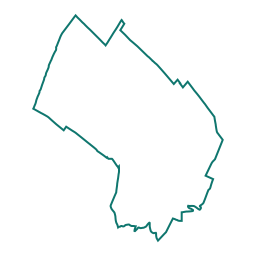 the district of Tan Hiep, Kiên Giang, Vietnam
{"feature_id": "81297802B5868916674827", "entity_name": "Tan Hiep", "entity_type": "district", "adm_level": 2, "iso_a3": "VNM", "parent_name": "Vietnam", "parent_adm1": "Kiên Giang", "projection": "natural_earth1", "projection_center": [105.238, 10.087], "detail": "fine", "context": "isolated", "style": "outline", "palette": "teal", "viewbox_px": 256, "rotation_deg": 0, "n_neighbors": 0, "source": "geoboundaries", "source_scale": "gbopen_adm2", "svg_char_len": 4624}
<svg xmlns="http://www.w3.org/2000/svg" viewBox="0 0 256 256"><path d="M118.1,227.4L118.4,227.1L118.7,226.9L119.2,226.8L120.0,226.7L120.4,226.4L120.9,226.1L121.3,226.0L121.7,226.0L122.9,226.4L123.4,226.4L123.9,226.3L124.4,226.0L124.8,225.7L125.1,225.3L125.5,225.1L126.0,224.9L126.7,224.8L127.4,224.7L127.8,224.6L128.2,224.5L128.6,224.5L129.2,224.6L129.9,225.2L130.8,225.7L131.6,226.0L132.4,226.0L133.5,226.0L134.4,226.1L135.2,226.3L135.7,226.3L135.4,227.4L135.0,228.4L134.8,229.1L134.6,229.9L134.5,230.6L134.5,231.0L134.8,231.1L135.0,231.1L135.2,230.9L136.8,229.3L137.3,228.8L137.8,228.1L138.1,227.8L138.4,227.5L138.6,227.5L139.1,227.6L140.0,228.0L140.5,228.1L140.8,228.1L141.8,228.0L142.5,227.8L143.2,227.8L144.2,227.5L146.1,226.5L147.7,224.3L148.5,223.4L149.3,222.7L149.6,222.8L149.7,223.0L149.7,224.7L149.7,226.2L149.9,227.5L150.3,229.4L150.8,231.1L151.4,231.9L152.3,232.6L153.3,233.1L154.2,233.1L154.9,232.9L155.4,232.9L155.9,232.9L156.0,233.3L156.1,233.7L156.1,234.8L156.2,236.1L156.4,237.2L156.7,238.3L158.0,240.6L161.3,237.1L164.3,233.9L166.0,232.2L167.6,229.0L170.3,223.6L172.1,220.1L172.9,218.5L174.2,218.9L174.8,219.1L175.6,219.5L176.2,219.8L176.7,219.9L177.1,220.0L177.7,220.3L178.1,220.6L178.5,220.7L179.9,220.9L181.2,220.9L181.7,220.9L181.7,219.3L181.7,212.3L182.7,212.2L184.2,211.9L185.4,211.7L186.7,211.5L188.2,211.5L189.9,211.4L191.7,211.2L192.4,211.1L192.9,210.9L193.0,210.7L193.0,210.3L193.0,210.1L192.7,209.9L192.1,209.4L191.1,208.8L189.2,208.1L188.5,207.5L188.1,206.9L188.0,206.3L188.2,205.8L189.8,206.0L191.7,205.9L193.6,206.0L194.0,206.1L194.3,206.2L195.3,206.8L196.6,207.7L198.0,208.8L199.0,209.4L199.4,209.7L199.9,209.6L200.3,209.2L200.7,208.5L200.9,208.1L200.9,207.5L200.7,207.0L200.5,206.9L200.1,206.6L199.9,206.3L199.9,206.0L200.0,205.8L200.7,205.3L202.1,204.3L202.9,203.6L203.5,202.8L205.0,199.0L207.4,192.5L208.4,190.0L208.8,189.6L209.4,189.2L210.0,188.5L210.4,187.4L210.8,185.9L211.3,184.2L212.2,181.5L213.1,179.1L209.8,177.6L205.6,175.7L211.6,163.2L212.7,161.6L213.6,160.7L213.8,160.5L214.4,159.9L215.0,159.2L222.6,140.2L222.7,139.8L219.2,135.2L217.9,133.4L217.3,132.7L216.9,131.8L216.7,131.0L216.3,128.8L215.8,125.6L215.7,124.5L215.0,120.8L214.3,116.6L214.0,116.3L213.5,115.7L211.2,112.6L207.5,107.7L205.0,104.1L204.1,103.0L202.1,100.4L199.1,96.4L197.2,94.0L194.2,90.4L192.6,88.2L188.6,82.9L187.7,81.7L182.9,87.4L181.9,86.0L179.9,83.4L180.2,83.2L177.6,79.7L173.8,84.0L170.8,80.5L167.5,76.6L164.5,73.1L160.9,69.0L157.6,65.3L156.5,64.2L155.0,63.0L153.0,61.1L152.6,61.0L152.5,60.8L152.4,60.6L148.8,57.1L147.7,56.3L137.4,46.3L133.1,42.6L130.1,40.1L125.0,34.7L120.3,30.2L123.9,24.4L124.3,23.7L124.0,23.4L123.3,22.5L122.8,21.8L122.5,21.3L122.4,21.1L121.9,20.3L121.6,20.0L120.7,21.3L119.1,24.0L117.5,26.7L115.8,29.4L114.0,32.1L113.1,33.5L112.5,34.5L110.9,37.1L109.3,39.6L107.8,42.1L107.3,42.9L106.6,43.9L105.6,45.4L105.2,44.9L104.6,44.3L102.6,42.4L100.1,39.8L97.6,37.3L95.1,34.8L92.6,32.3L90.1,29.8L87.5,27.4L85.0,24.9L84.3,24.1L82.2,22.2L79.9,19.8L77.4,17.4L76.7,16.6L75.6,15.4L74.2,17.2L69.4,23.7L62.2,33.2L61.2,35.0L60.4,36.7L59.1,40.1L58.0,42.8L56.8,45.9L56.1,47.2L56.1,47.6L56.2,48.8L56.1,49.5L55.9,50.3L55.1,51.5L53.9,53.8L52.8,56.2L52.4,57.1L51.9,58.4L51.4,59.8L50.7,61.1L50.0,62.7L49.2,64.4L48.8,65.4L48.8,65.9L48.7,66.7L48.6,67.2L48.5,67.7L48.2,68.4L47.9,69.1L47.7,69.6L47.5,70.1L47.3,70.5L46.9,71.3L46.4,72.4L46.0,73.4L45.9,74.1L45.8,74.8L45.7,75.2L45.5,75.8L45.1,76.4L44.8,76.9L44.5,77.4L44.3,77.9L44.2,78.4L44.2,78.7L44.2,78.9L43.9,80.0L42.1,84.9L41.3,87.4L40.8,89.0L40.5,89.7L40.2,90.1L40.0,90.4L39.7,90.7L39.6,91.1L39.5,91.7L39.5,92.2L39.3,92.9L38.5,94.8L37.6,96.7L37.2,97.9L36.8,98.9L36.3,100.3L36.1,101.3L35.7,102.9L35.2,104.3L34.6,105.6L33.8,107.7L33.3,108.7L41.0,113.0L42.4,113.7L45.1,115.2L47.5,116.6L48.6,117.4L49.8,118.5L51.9,120.4L56.2,124.2L63.7,130.3L66.2,126.7L72.3,130.7L73.8,131.6L75.5,132.7L86.1,141.2L86.2,141.3L94.7,148.1L96.4,149.6L97.3,151.0L98.1,151.6L99.2,152.3L100.6,153.3L103.6,155.4L106.6,157.7L107.1,157.2L107.5,157.7L107.9,158.2L108.2,158.6L108.5,158.8L110.0,158.8L111.4,158.8L111.9,158.8L112.3,159.1L112.9,159.9L113.9,161.3L116.7,165.5L117.2,166.1L117.6,166.6L117.9,166.9L118.1,167.3L118.9,166.4L119.0,168.1L119.0,170.7L119.0,171.5L118.9,172.6L118.6,174.2L118.1,178.2L117.8,179.9L117.2,183.7L117.1,185.2L116.4,190.4L116.2,192.5L116.0,192.9L114.8,195.6L112.6,200.8L110.9,204.9L110.7,205.5L110.6,205.9L110.6,206.2L111.0,207.6L111.5,208.8L112.0,209.5L112.6,210.3L113.7,211.6L114.4,212.5L114.8,213.8L115.2,215.4L115.4,216.5L115.5,218.1L115.7,220.0L116.0,221.6L116.4,222.9L116.9,223.9L117.3,224.6L118.1,227.4Z" fill="none" stroke="#0f766e" stroke-width="2"/></svg>